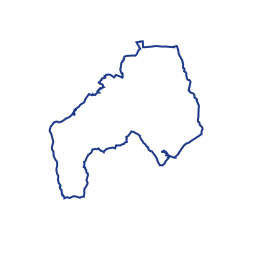 Codlea, Brasov, Romania (orthographic projection), rotated 308°
{"feature_id": "2599482B67290406557630", "entity_name": "Codlea", "entity_type": "district", "adm_level": 2, "iso_a3": "ROU", "parent_name": "Romania", "parent_adm1": "Brasov", "projection": "orthographic", "projection_center": [25.433, 45.714], "detail": "fine", "context": "isolated", "style": "outline", "palette": "blue", "viewbox_px": 256, "rotation_deg": 308, "n_neighbors": 0, "source": "geoboundaries", "source_scale": "gbopen_adm2", "svg_char_len": 5795}
<svg xmlns="http://www.w3.org/2000/svg" viewBox="0 0 256 256"><g transform="rotate(308 128 128)"><path d="M168.4,189.8L170.2,188.3L171.9,187.6L172.4,187.7L172.8,187.5L173.9,186.6L174.1,186.1L174.3,185.7L174.3,185.0L174.5,184.5L174.6,183.8L174.6,182.6L175.7,181.6L176.2,180.9L176.3,180.3L176.0,179.8L176.5,178.8L177.5,178.1L178.0,177.9L178.5,177.4L180.8,176.3L181.3,175.6L184.6,173.4L186.8,171.6L188.1,171.0L189.5,169.8L190.0,169.0L190.2,168.2L190.7,167.8L190.9,167.0L191.7,165.4L191.9,165.1L192.7,165.0L193.2,164.3L193.3,163.8L192.8,162.2L192.9,161.7L193.7,161.0L194.3,160.7L195.3,159.0L195.4,158.6L195.3,157.8L195.0,157.1L194.8,156.3L194.4,155.5L194.5,154.7L195.0,153.9L195.0,153.4L194.8,152.7L195.2,152.4L195.7,152.5L196.1,152.4L197.0,151.5L198.5,151.2L199.2,150.5L199.5,150.5L202.3,149.2L202.9,148.8L203.4,147.7L203.6,147.1L203.5,146.8L203.0,146.1L202.8,145.2L202.9,144.9L204.0,143.1L205.3,141.5L205.8,141.1L206.6,140.7L206.9,140.3L207.5,138.8L207.2,138.1L207.3,137.1L207.5,136.9L208.4,136.8L209.3,136.2L209.5,135.2L209.2,134.7L209.3,134.4L209.7,133.9L210.3,133.7L211.2,132.9L212.5,132.0L212.8,131.2L213.1,131.1L213.5,130.7L213.5,130.3L213.6,130.0L214.6,129.3L214.9,128.8L215.2,127.6L216.0,126.3L216.7,123.9L217.5,123.2L217.6,122.4L219.1,120.9L220.1,119.6L220.5,119.5L222.6,115.9L220.0,113.9L219.8,114.3L214.7,106.5L214.4,106.3L213.4,105.1L209.9,99.7L207.9,97.6L207.3,97.2L201.8,91.3L200.9,90.1L205.4,86.3L203.7,84.3L203.4,84.5L200.8,81.9L197.9,88.9L196.9,88.4L196.0,88.6L194.6,88.6L191.8,89.4L189.6,89.3L187.3,86.3L183.9,82.5L183.5,82.1L181.9,81.2L181.6,81.5L180.3,82.2L179.2,82.6L179.1,82.2L177.3,82.9L177.1,82.5L174.9,82.8L173.6,83.7L173.0,83.8L171.4,85.0L169.9,85.5L169.3,86.0L168.1,87.5L167.3,89.0L167.6,89.4L166.9,90.1L167.2,90.5L164.7,92.5L164.2,92.6L164.0,91.9L164.0,91.2L162.4,85.8L159.3,85.9L159.1,81.7L159.0,81.3L158.2,79.8L157.3,78.9L157.3,79.0L154.3,77.5L154.0,78.0L153.9,78.5L153.8,79.0L153.5,79.1L153.0,78.8L151.7,77.6L151.4,77.5L151.3,77.1L151.1,77.0L150.5,77.0L149.8,77.5L149.2,77.3L149.0,77.5L148.4,77.3L147.4,77.3L145.9,76.9L145.6,77.6L145.7,78.3L145.8,78.5L145.7,78.6L146.2,79.5L146.2,80.2L146.6,80.8L146.6,81.0L146.2,81.9L145.3,83.0L145.3,83.8L143.9,83.0L142.7,81.9L142.3,81.7L142.3,81.9L142.2,82.4L141.6,82.0L141.1,81.5L140.9,81.5L140.0,82.0L138.9,81.2L138.0,81.3L137.8,81.5L137.8,81.8L138.0,82.2L138.0,83.2L137.5,82.6L136.7,82.1L134.7,81.7L134.1,81.4L133.8,81.7L133.3,81.0L133.3,80.8L132.3,79.9L132.6,79.5L131.8,79.6L131.7,79.5L131.3,77.9L130.7,77.4L130.7,76.4L125.9,76.5L125.1,76.8L124.6,76.7L124.1,76.7L122.8,77.3L121.3,77.6L120.7,77.5L117.9,76.4L116.4,76.1L114.4,76.2L110.1,74.8L109.1,74.7L109.0,74.9L110.4,75.7L110.3,75.8L109.8,75.9L108.3,75.2L107.6,75.2L107.2,75.5L106.4,75.5L106.5,76.0L106.8,76.2L106.2,77.0L106.1,77.4L105.4,77.6L105.2,77.0L105.4,75.7L105.2,75.5L103.9,75.7L100.8,75.2L98.7,74.1L97.3,73.5L96.9,72.9L96.3,73.1L95.7,73.0L91.7,71.5L90.0,70.2L89.7,69.5L89.6,68.5L89.4,68.2L88.4,67.3L87.0,66.3L86.5,66.2L81.7,66.3L81.0,66.4L79.6,66.9L77.5,68.0L76.6,69.6L76.4,70.8L74.5,73.2L72.7,75.7L71.1,77.7L65.9,79.9L64.3,81.3L63.9,83.2L63.6,83.7L60.1,86.7L58.7,89.5L58.0,91.4L57.9,92.2L57.6,93.0L54.9,95.2L51.8,96.8L50.7,97.5L48.4,100.1L47.4,102.5L45.6,103.8L44.4,104.4L43.7,105.0L43.4,105.5L43.2,106.1L42.0,107.0L41.5,109.6L40.7,110.6L39.9,110.3L38.6,111.6L38.4,113.3L38.0,113.3L37.9,113.9L36.3,115.8L35.6,116.1L35.4,116.7L34.7,117.6L35.0,117.6L35.3,117.3L34.9,118.8L34.2,120.4L33.4,121.1L35.8,122.4L36.4,123.6L36.6,124.7L37.5,125.5L39.6,126.4L40.8,127.2L42.3,129.8L43.4,133.1L44.3,133.4L45.1,133.9L46.3,134.8L46.7,135.5L47.2,135.0L47.9,134.6L49.1,134.2L50.7,133.0L51.3,132.3L53.6,131.0L54.6,131.1L56.3,131.0L57.3,130.7L58.4,130.7L60.1,129.8L60.1,129.5L61.5,127.3L66.1,125.5L67.2,124.6L67.4,124.0L67.2,123.2L67.4,122.6L67.9,122.0L68.7,121.5L69.2,120.7L69.5,119.2L70.5,118.5L70.0,117.1L73.0,115.8L74.1,114.3L75.5,114.7L76.3,114.6L76.9,114.3L79.8,113.6L81.2,113.6L82.3,113.2L83.6,113.7L86.2,114.2L87.5,113.9L88.7,113.3L89.5,113.3L89.7,113.8L91.5,115.3L91.8,116.1L92.5,116.9L93.8,117.3L93.2,120.2L93.6,120.9L94.0,122.8L94.0,123.9L95.3,123.5L98.5,124.1L99.3,124.9L100.9,125.9L102.2,127.3L102.4,127.3L103.0,127.8L104.1,130.4L104.5,130.1L105.9,129.8L106.3,129.4L106.8,129.3L107.4,129.7L107.9,130.8L108.7,131.4L109.4,132.7L111.4,133.3L112.1,134.1L112.9,134.6L113.7,134.6L114.4,134.4L116.3,135.7L117.3,134.4L117.9,134.0L118.1,133.7L118.8,133.7L119.2,133.3L119.6,132.8L119.8,132.2L121.8,133.0L123.1,133.1L127.4,132.8L127.5,133.1L127.7,133.3L128.1,134.5L128.4,134.8L128.6,137.4L129.0,138.6L129.2,139.0L129.2,140.5L129.0,141.4L129.1,142.1L128.8,142.1L128.6,142.4L127.0,145.6L126.8,146.9L126.5,147.4L126.1,148.9L125.8,149.3L125.8,151.7L125.5,152.4L125.1,153.0L125.1,154.1L124.7,155.7L125.0,155.8L124.6,156.5L123.6,157.5L123.7,158.5L123.5,159.0L123.5,159.5L123.8,160.4L124.3,160.9L124.1,161.9L122.7,166.9L122.7,167.2L121.1,170.6L120.6,170.8L120.2,171.8L119.4,173.2L119.1,173.4L118.9,174.8L118.6,175.5L118.2,175.9L118.2,176.2L119.0,176.9L119.3,177.6L120.1,178.4L120.4,178.3L121.5,178.5L122.1,178.7L123.4,178.6L124.2,178.2L124.7,178.1L128.9,178.4L128.9,178.2L129.3,177.7L130.4,178.3L130.8,177.9L131.0,177.6L131.0,175.8L130.6,175.6L130.5,175.3L130.2,175.3L130.0,174.9L131.2,174.6L131.6,173.8L131.8,172.9L132.0,172.6L131.7,172.1L131.3,172.0L131.3,171.2L130.4,169.9L130.1,169.6L130.2,169.2L130.0,168.8L131.5,170.1L131.8,170.6L132.3,170.5L132.3,170.9L132.2,171.3L132.5,172.2L132.4,172.8L132.4,173.2L132.0,173.9L132.1,174.4L131.9,174.5L131.7,175.2L131.5,175.3L131.4,177.4L131.7,177.9L131.8,178.8L132.6,181.0L132.8,182.2L133.8,183.6L134.1,183.0L136.7,183.5L139.5,183.6L139.7,183.3L141.2,183.2L142.0,183.3L145.3,182.9L147.0,183.1L148.4,182.7L149.6,183.2L150.9,183.2L154.6,185.3L156.5,185.7L166.7,189.2L166.9,189.1L168.4,189.8Z" fill="none" stroke="#1e3a8a" stroke-width="2"/></g></svg>